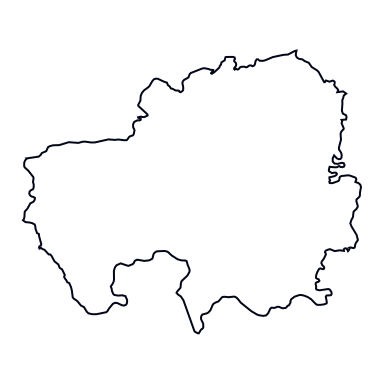 SVG path tracing the border of Northern
{"feature_id": "GHA-2155", "entity_name": "Northern", "entity_type": "Region", "adm_level": 1, "iso_a3": "GHA", "parent_name": "Ghana", "parent_adm1": "", "projection": "albers", "projection_center": [-0.881, 9.332], "detail": "fine", "context": "isolated", "style": "outline", "palette": "ink", "viewbox_px": 384, "rotation_deg": 0, "n_neighbors": 0, "source": "natural_earth", "source_scale": "10m", "svg_char_len": 5928}
<svg xmlns="http://www.w3.org/2000/svg" viewBox="0 0 384 384"><path d="M296.5,50.6L295.9,53.2L295.8,55.4L296.9,57.5L298.9,58.8L302.4,59.4L304.7,61.1L308.8,62.8L311.7,67.0L317.1,70.4L318.7,72.1L324.2,82.2L324.9,82.1L325.9,80.5L329.6,81.7L332.6,80.6L333.7,80.9L334.7,81.9L334.7,83.0L334.2,85.0L335.4,86.9L337.1,88.4L338.2,90.1L337.3,92.2L343.2,91.4L346.2,93.6L343.8,95.5L343.0,98.7L342.3,100.1L342.4,103.6L341.9,110.9L342.9,113.6L346.2,115.4L346.5,117.5L346.1,119.5L341.6,119.9L342.2,120.9L341.6,123.2L343.7,128.3L343.6,129.2L341.6,131.2L340.8,132.8L340.6,134.3L341.0,139.6L338.9,147.6L339.0,149.5L341.0,152.5L341.5,154.0L341.7,155.9L341.4,157.7L340.4,159.0L338.6,159.2L336.8,158.3L334.1,155.4L332.7,158.3L332.7,161.4L334.4,163.5L337.6,163.9L341.7,162.8L343.7,163.2L344.6,165.3L343.9,166.7L342.2,167.2L340.4,166.9L339.0,166.0L337.1,167.2L334.7,167.3L329.6,166.8L328.8,170.3L329.1,171.3L332.0,173.1L334.5,172.6L336.0,172.7L336.9,173.8L336.5,174.9L335.2,175.8L333.6,176.4L329.4,177.3L329.4,178.8L330.1,180.4L329.3,181.6L329.7,183.0L331.6,183.2L333.5,182.8L338.2,181.1L338.9,180.5L339.3,179.6L339.6,177.5L340.1,176.7L341.7,176.0L348.1,175.3L350.0,175.6L355.4,177.6L356.1,178.5L356.3,179.5L355.4,182.0L358.5,183.1L360.3,184.7L361.0,187.1L360.0,192.4L359.9,195.4L359.5,196.7L356.5,199.5L356.4,201.5L357.6,205.2L357.7,206.8L356.5,208.9L354.2,211.0L353.5,212.0L353.0,217.0L351.3,220.2L350.3,223.4L351.6,226.6L356.6,234.9L357.9,240.0L355.7,243.3L355.2,244.6L354.7,247.5L353.5,248.1L350.2,247.4L349.2,247.8L349.7,248.2L349.0,249.9L348.0,251.1L346.9,248.8L345.7,248.3L344.4,248.6L343.7,249.6L343.9,250.9L339.8,250.3L334.7,251.1L330.1,249.2L328.5,249.5L326.0,250.5L325.3,251.2L325.0,252.4L325.7,253.3L325.9,254.4L323.9,258.6L321.9,261.3L321.3,262.9L322.4,265.3L323.9,266.7L324.2,267.7L324.1,268.4L323.8,268.9L322.9,269.2L320.2,268.4L319.0,269.0L317.2,272.3L316.1,275.5L316.0,277.8L316.7,278.5L318.7,279.4L319.4,280.8L318.6,281.7L316.8,282.2L315.8,283.0L315.6,283.9L316.2,286.7L316.0,288.4L316.3,289.3L317.2,289.8L319.5,290.3L328.3,289.0L329.8,289.6L331.5,292.2L331.6,294.0L331.1,295.0L330.5,295.3L326.6,295.5L325.8,296.5L326.8,302.2L326.6,303.4L324.0,304.4L319.9,304.9L317.0,304.8L315.7,303.9L311.1,299.2L307.5,296.9L303.7,295.5L301.2,295.0L299.1,295.1L294.5,296.7L291.2,299.3L290.5,300.8L290.5,302.5L289.2,304.9L288.9,305.3L287.5,305.9L286.4,307.4L285.6,307.9L283.9,308.2L282.1,308.2L279.2,306.9L277.9,306.7L274.4,307.9L271.5,307.7L270.3,308.7L268.2,313.2L266.1,315.4L263.1,315.9L258.9,315.2L257.1,314.6L251.4,311.2L240.8,302.7L238.3,299.5L236.6,297.7L235.3,296.9L234.1,296.6L228.5,297.2L225.2,296.8L222.9,296.9L221.9,297.4L218.6,301.3L215.2,302.7L213.4,303.9L212.6,305.1L210.4,310.3L208.3,312.5L207.0,313.3L202.8,314.4L201.9,315.0L201.2,316.5L201.0,318.4L201.2,319.5L203.2,323.6L203.3,327.3L202.8,328.4L200.9,329.8L198.9,333.2L198.1,333.4L194.8,331.7L194.3,330.8L183.4,300.2L180.9,296.5L178.1,294.6L176.5,292.9L177.2,291.5L180.5,287.7L180.9,283.2L181.6,281.1L187.5,275.5L189.5,271.7L189.6,270.1L189.2,268.5L187.7,265.0L186.6,261.1L185.2,260.5L181.5,260.4L177.6,259.3L171.6,255.4L168.1,252.1L166.7,251.4L164.3,251.0L158.8,251.2L156.3,251.5L154.3,253.0L153.5,254.3L152.5,258.4L151.7,259.1L148.9,260.4L144.2,260.9L137.3,259.7L134.8,260.8L133.7,263.2L132.6,264.2L128.3,265.9L120.7,263.4L116.6,265.2L115.2,267.0L114.4,269.0L113.9,271.1L114.0,279.6L113.7,281.5L112.7,283.7L110.8,286.4L111.7,288.9L111.9,290.8L113.3,294.0L114.4,295.0L118.3,295.6L122.2,295.3L125.4,296.1L127.1,299.9L127.1,301.8L126.8,303.6L125.7,305.0L123.8,305.6L121.6,305.1L117.5,303.1L115.1,302.8L112.9,303.8L109.1,308.4L107.4,311.2L106.3,312.2L96.6,314.2L92.1,314.2L88.4,313.3L86.7,311.6L84.0,307.1L80.9,305.5L78.0,301.9L76.6,300.5L73.7,298.6L72.7,297.2L71.9,290.7L71.0,287.1L69.2,283.0L67.3,282.3L66.2,280.1L65.0,278.6L64.1,276.9L64.8,275.0L62.1,269.4L59.7,267.9L58.3,264.4L54.5,261.4L51.5,255.8L50.1,254.4L48.7,254.4L44.6,249.9L41.3,248.4L41.0,247.9L39.5,248.6L39.0,247.8L39.3,246.5L41.1,245.2L41.2,243.8L39.2,236.6L38.8,233.9L37.0,233.1L35.4,228.2L35.3,226.1L34.7,224.5L32.1,223.1L29.5,222.5L25.5,222.1L23.0,220.3L24.0,218.8L24.4,217.2L24.7,212.0L25.1,211.2L27.3,208.9L30.3,203.4L33.5,201.7L34.7,199.8L34.9,197.8L33.3,196.9L31.5,196.5L30.1,195.4L29.3,193.8L29.5,191.9L30.5,190.5L33.1,189.1L33.7,187.3L33.7,184.5L33.0,182.0L33.5,178.7L33.4,177.2L28.4,170.8L24.7,167.4L24.2,166.3L24.2,163.0L24.7,161.3L25.6,159.8L26.9,158.7L26.6,158.4L38.8,156.6L40.5,155.1L41.9,153.0L46.2,151.2L48.1,147.1L50.0,146.1L53.1,145.3L59.3,145.1L68.8,142.2L78.4,142.9L82.3,141.8L84.9,141.6L91.3,142.5L95.1,142.4L108.4,139.4L115.0,139.9L118.3,139.5L124.0,140.2L126.4,140.2L127.1,139.8L129.2,136.9L130.1,136.3L133.0,135.3L133.7,134.2L134.5,130.4L134.2,129.2L133.2,127.5L133.1,124.7L133.8,122.5L134.6,121.7L137.4,120.3L139.8,120.4L140.7,119.8L140.8,119.0L140.5,118.5L138.3,117.8L138.1,117.3L141.0,116.6L142.5,117.0L144.2,117.1L147.5,115.6L147.7,115.0L147.3,114.2L138.8,106.4L138.2,105.7L138.2,105.0L140.4,100.6L140.7,96.0L141.8,93.1L144.0,90.4L148.1,87.4L149.5,86.0L152.2,81.3L153.6,79.6L154.4,79.0L155.9,78.7L157.9,78.8L163.8,81.6L167.0,82.7L167.8,85.0L169.8,86.6L170.8,88.4L172.5,88.8L175.7,90.5L178.6,90.6L179.1,90.9L179.5,91.9L180.6,92.2L182.6,90.9L183.2,89.7L183.2,87.1L182.4,83.0L182.8,81.4L184.1,79.9L188.4,77.5L189.7,74.1L190.8,73.0L202.3,68.5L204.2,68.2L208.6,69.0L210.1,69.7L213.2,70.0L213.1,70.8L211.1,73.0L211.1,73.4L211.5,73.7L212.2,73.6L214.3,72.2L219.2,67.7L220.0,65.7L221.0,64.5L221.4,62.4L224.7,60.3L225.4,57.3L226.0,57.0L233.1,56.9L234.6,57.5L235.0,59.0L234.2,60.2L234.2,61.2L235.9,63.0L236.2,64.7L235.7,66.4L234.3,67.9L234.1,68.9L234.7,69.6L236.0,68.8L237.4,69.5L238.0,69.5L238.9,68.8L240.1,67.3L241.2,66.8L244.5,66.7L246.1,67.3L247.3,67.0L248.6,65.9L249.9,65.4L251.0,65.4L252.5,66.2L253.7,65.8L254.8,64.6L255.6,61.0L256.8,59.3L258.0,59.3L259.6,60.7L262.7,60.9L265.2,60.3L272.8,57.1L283.2,54.9L288.1,54.5L294.5,51.1L296.5,50.6Z" fill="none" stroke="#020617" stroke-width="2"/></svg>